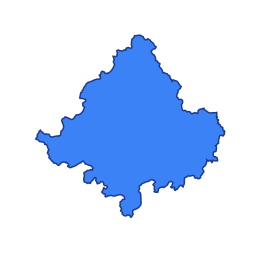 outline of Ambohimahasoa, Haute Matsiatra, Madagascar, rotated 343°
{"feature_id": "10022922B34392392155891", "entity_name": "Ambohimahasoa", "entity_type": "district", "adm_level": 2, "iso_a3": "MDG", "parent_name": "Madagascar", "parent_adm1": "Haute Matsiatra", "projection": "mercator", "projection_center": [47.173, -21.056], "detail": "fine", "context": "isolated", "style": "filled", "palette": "blue", "viewbox_px": 256, "rotation_deg": 343, "n_neighbors": 0, "source": "geoboundaries", "source_scale": "gbopen_adm2", "svg_char_len": 5859}
<svg xmlns="http://www.w3.org/2000/svg" viewBox="0 0 256 256"><g transform="rotate(343 128 128)"><path d="M189.8,101.2L188.7,97.8L185.4,95.3L184.9,95.4L184.0,96.5L183.7,96.5L183.9,94.7L183.3,94.0L183.3,93.0L182.7,91.9L183.2,90.7L183.1,90.3L182.1,89.4L181.2,87.5L180.0,86.9L178.6,85.5L177.5,85.4L177.6,82.8L177.1,80.8L175.9,78.5L176.1,77.6L177.0,76.5L177.3,75.5L175.8,74.5L175.8,73.2L175.6,72.6L174.1,71.6L174.0,71.1L174.8,69.8L174.6,66.2L173.5,65.1L172.5,62.6L173.1,60.9L175.4,59.9L177.2,60.1L178.5,58.9L178.6,58.5L177.6,57.6L176.9,54.3L175.3,51.9L174.7,50.3L173.8,49.5L173.3,48.6L172.8,48.4L171.6,49.0L170.3,48.8L169.3,46.8L169.3,45.4L166.6,42.7L161.2,41.7L159.9,43.4L157.9,44.2L157.3,44.9L155.5,49.3L155.5,51.8L154.8,52.4L153.4,52.4L151.9,51.1L150.0,51.1L149.4,51.3L148.8,52.7L148.3,53.0L147.2,52.2L145.0,52.8L141.2,50.5L139.9,50.8L139.6,53.5L138.4,55.8L137.2,56.1L134.7,55.1L134.8,58.6L133.3,60.4L133.7,62.9L133.4,63.7L132.3,65.2L130.5,67.0L127.9,68.9L125.2,69.8L124.6,69.5L124.1,69.6L122.6,69.4L122.0,68.9L122.0,67.8L120.0,66.2L118.6,66.8L117.3,68.8L115.9,69.1L115.9,69.5L116.7,70.0L116.3,71.0L116.5,72.2L116.0,72.6L113.9,72.8L113.1,72.3L110.3,72.2L104.9,72.8L103.3,72.7L100.9,73.7L99.6,75.0L97.5,76.5L96.4,78.1L95.2,78.7L94.5,80.1L93.2,80.4L90.9,84.6L90.7,85.5L91.0,85.8L93.2,86.5L94.7,87.7L95.5,87.9L95.9,88.7L95.7,89.4L95.2,89.9L91.8,91.1L91.4,93.8L92.5,95.3L90.1,98.5L89.4,99.2L86.7,100.6L85.0,100.9L82.8,100.4L81.7,100.7L78.9,103.0L77.2,103.5L76.3,103.3L73.1,100.4L71.2,99.0L70.1,99.7L67.8,100.2L66.9,101.2L66.7,103.0L67.1,105.3L66.9,107.6L66.3,109.2L64.7,110.7L62.9,111.6L61.5,114.9L61.1,115.2L60.2,115.5L59.5,115.1L58.4,115.3L57.8,114.9L54.6,114.5L53.1,114.7L52.1,113.9L51.2,113.7L50.6,110.9L49.3,110.7L48.2,109.7L46.8,109.9L46.4,109.6L45.0,107.1L43.9,106.0L43.7,104.5L42.5,104.9L41.2,106.5L39.6,107.6L38.9,108.7L38.8,110.1L37.7,110.4L36.6,111.6L38.9,113.5L39.3,115.0L42.9,116.7L43.6,117.6L43.6,119.3L45.3,120.1L45.8,126.3L44.6,126.6L44.5,127.6L43.6,128.2L44.8,132.2L43.7,133.0L43.8,133.5L44.9,135.6L45.5,137.4L46.5,138.7L46.6,139.5L46.9,139.9L48.6,140.6L50.4,143.3L51.2,143.4L54.0,141.8L55.9,141.5L58.0,142.3L58.6,143.3L59.4,143.0L60.1,144.7L60.5,145.1L60.5,146.0L60.1,146.6L59.3,146.6L59.1,147.1L60.9,149.0L61.5,149.1L66.3,148.8L71.5,147.4L72.9,147.5L73.5,147.0L75.1,146.5L75.6,146.7L76.5,148.7L76.5,149.7L78.3,150.9L79.2,151.9L80.5,152.5L82.2,154.2L82.7,156.4L81.2,157.9L80.6,156.9L79.2,157.2L76.4,156.7L75.6,157.3L73.2,157.7L72.6,158.2L72.4,158.9L72.7,160.2L70.6,164.3L70.4,166.0L70.5,166.7L70.8,167.2L72.1,167.9L72.9,169.1L74.4,169.0L75.4,169.9L75.8,169.9L76.8,168.8L80.2,166.9L81.4,165.7L82.6,166.0L82.7,167.0L81.7,168.8L82.4,170.3L82.2,171.6L82.3,172.3L84.6,172.5L86.4,171.4L88.2,172.2L88.5,172.9L88.4,175.7L89.2,176.5L90.5,176.8L91.0,177.7L91.0,178.4L89.6,179.5L88.7,179.7L87.8,179.2L87.7,178.4L87.3,178.1L86.9,178.4L86.4,179.6L84.2,181.5L85.0,183.5L85.7,184.0L86.6,184.1L86.6,185.8L86.1,186.6L86.4,187.2L87.5,187.5L88.7,186.9L89.8,187.4L91.6,187.2L93.4,188.4L95.7,189.3L97.3,189.1L100.6,189.3L102.1,190.0L104.0,192.0L104.3,192.8L104.1,194.9L103.2,195.1L102.5,194.8L101.6,195.0L100.6,195.9L99.1,196.3L98.6,197.0L98.2,198.9L97.4,200.1L98.2,203.2L98.0,203.9L97.0,204.5L96.7,205.1L97.6,206.5L97.9,207.6L97.5,208.0L97.4,208.7L98.5,210.4L99.1,211.0L100.9,211.5L101.8,211.0L102.8,211.2L104.3,212.4L104.4,213.8L104.8,214.3L106.0,213.5L107.8,211.9L107.5,210.8L108.6,208.1L112.9,207.7L114.9,207.2L117.8,205.2L118.5,203.8L120.8,195.0L120.6,193.1L119.5,192.1L119.6,191.3L121.2,189.6L121.8,187.0L122.5,186.5L124.0,186.3L125.5,185.1L127.4,185.2L128.6,184.8L132.7,185.0L134.7,184.1L136.0,184.5L137.0,185.5L137.4,185.5L138.5,187.4L138.0,188.0L135.5,189.3L135.4,189.8L135.9,190.5L136.1,192.2L135.2,194.1L135.4,195.7L134.4,196.3L134.4,196.6L136.2,197.8L137.8,198.0L137.8,197.4L138.7,196.9L139.0,195.2L140.6,194.6L142.9,194.3L143.9,194.6L144.0,195.0L145.0,195.4L149.3,193.9L150.0,192.9L151.8,191.6L152.7,191.5L154.6,192.5L154.8,192.8L154.6,194.1L153.4,195.4L153.0,196.4L152.5,196.7L151.7,196.7L151.7,197.3L152.6,198.2L155.0,198.3L155.1,199.2L154.3,200.2L154.5,201.1L155.1,201.5L156.1,200.9L157.2,201.0L159.0,199.3L161.2,198.2L162.7,198.7L162.9,200.0L163.6,200.4L163.9,199.6L165.3,198.1L166.1,196.5L166.2,195.7L167.5,192.2L169.6,192.0L171.2,191.4L173.6,192.2L176.0,192.2L177.1,192.9L177.3,193.5L177.1,194.5L177.7,195.6L179.1,195.8L180.3,197.1L181.1,197.2L182.9,196.7L183.5,194.9L185.5,194.0L185.9,193.0L187.4,192.5L187.8,191.4L187.7,190.6L187.2,189.4L187.4,188.4L188.6,187.5L190.7,186.6L191.9,185.6L193.4,183.4L194.1,181.4L195.1,183.2L196.4,182.8L197.1,183.1L197.2,183.8L197.9,184.4L198.2,185.5L199.0,185.0L199.2,183.5L200.0,183.7L201.0,184.6L204.0,185.6L204.4,184.4L204.4,182.4L203.6,181.8L203.4,181.1L202.0,180.7L201.8,180.2L201.6,178.8L202.2,176.8L203.6,175.7L204.6,176.2L205.5,175.8L206.9,172.6L206.9,171.3L206.5,170.4L207.5,170.5L208.9,169.2L210.1,169.1L211.1,165.9L213.5,162.2L214.1,162.0L215.1,162.3L216.4,163.3L216.9,163.3L217.2,162.6L218.0,162.5L218.5,161.9L218.7,160.1L219.4,160.0L219.3,158.7L218.6,158.4L218.1,157.5L218.5,156.5L218.7,155.0L217.3,154.1L217.0,153.2L217.2,152.2L215.3,150.1L216.1,149.7L215.7,149.2L215.9,148.6L215.7,147.9L216.9,146.9L216.8,146.5L216.2,146.2L215.5,144.8L215.7,144.4L216.5,144.1L216.5,143.3L216.0,143.1L215.9,142.7L216.7,141.5L217.4,139.1L215.6,138.9L214.8,138.5L211.0,137.7L209.6,136.8L206.3,132.6L206.4,131.4L205.4,131.7L204.7,131.1L203.8,131.5L202.4,131.1L201.2,131.3L200.2,131.9L199.1,134.4L198.7,134.5L196.7,132.8L195.4,133.2L194.8,132.8L193.5,133.1L192.6,132.3L191.8,130.5L190.2,129.8L189.1,129.9L188.0,127.9L186.1,127.6L185.6,127.1L185.3,125.9L185.4,123.6L186.2,120.9L187.3,120.2L187.8,119.4L188.2,117.7L187.5,116.3L184.8,115.5L184.5,113.5L183.8,113.0L183.8,112.2L184.6,110.1L186.2,108.7L186.9,106.5L189.6,105.5L191.0,103.8L189.9,102.5L189.8,101.2Z" fill="#3b82f6" stroke="#1e3a8a" stroke-width="1.5"/></g></svg>